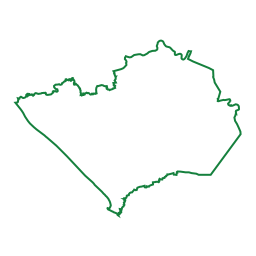 Cuajinicuilapa, Guerrero, Mexico
{"feature_id": "50627088B12095165689012", "entity_name": "Cuajinicuilapa", "entity_type": "district", "adm_level": 2, "iso_a3": "MEX", "parent_name": "Mexico", "parent_adm1": "Guerrero", "projection": "mercator", "projection_center": [-98.579, 16.455], "detail": "fine", "context": "isolated", "style": "outline", "palette": "green", "viewbox_px": 256, "rotation_deg": 0, "n_neighbors": 0, "source": "geoboundaries", "source_scale": "gbopen_adm2", "svg_char_len": 5624}
<svg xmlns="http://www.w3.org/2000/svg" viewBox="0 0 256 256"><path d="M74.2,80.4L73.8,80.0L72.8,79.9L72.5,79.6L72.4,79.0L73.0,78.2L72.8,78.0L72.2,78.1L71.2,79.0L71.3,80.4L71.2,80.7L71.0,80.8L70.6,80.8L69.9,80.2L69.5,79.2L69.1,79.3L69.0,79.9L68.5,80.3L68.1,80.1L67.9,79.8L67.1,80.0L66.3,79.2L66.0,79.2L65.6,79.4L65.6,80.1L65.9,80.4L65.8,80.8L65.4,81.2L64.6,81.2L63.6,82.1L63.4,82.5L62.1,83.1L62.0,83.3L61.9,84.0L61.7,84.4L60.4,84.8L59.8,84.7L59.1,84.2L58.2,84.5L55.5,84.7L54.0,86.0L54.2,87.3L55.4,88.7L56.3,89.2L57.0,89.2L57.3,89.3L57.7,90.6L57.7,91.1L57.2,91.6L56.3,91.7L55.3,91.1L54.5,91.3L53.3,91.1L52.9,91.7L53.3,92.1L53.2,92.5L51.0,94.4L47.7,94.9L47.0,94.9L46.1,94.5L45.9,94.2L45.9,93.6L45.7,92.9L45.3,92.7L44.6,93.0L43.9,92.8L43.2,93.0L42.0,93.0L41.0,93.5L38.3,93.9L35.8,93.1L35.2,93.3L34.3,94.3L34.1,94.9L33.1,95.7L32.9,95.4L33.1,94.8L32.8,94.5L32.5,94.5L31.6,94.9L31.3,94.7L31.2,94.5L30.3,94.9L30.0,94.7L29.1,95.2L28.8,95.2L28.6,95.0L29.5,94.6L29.3,94.0L28.4,94.1L28.4,94.5L28.0,94.6L27.7,94.3L27.7,93.8L27.4,93.8L26.2,95.0L26.2,95.4L26.5,95.6L26.5,95.4L26.9,95.0L27.6,95.6L27.6,96.2L27.3,96.4L26.9,96.2L25.8,96.8L25.5,97.2L24.8,97.6L23.5,98.0L22.8,97.9L21.1,96.8L20.7,96.8L19.5,97.9L19.4,98.7L19.1,98.8L17.9,98.4L18.1,99.1L18.5,99.3L18.4,99.7L17.9,101.2L18.0,101.7L17.7,102.2L17.2,102.5L15.4,102.7L20.6,109.2L21.9,111.0L23.2,113.0L25.1,116.7L27.9,120.9L29.9,123.4L33.8,127.1L36.5,129.4L44.5,135.4L46.1,136.9L46.6,137.2L46.9,137.5L47.4,137.9L56.5,145.8L66.8,156.1L85.2,175.7L92.7,182.4L93.9,183.7L94.7,184.9L101.9,191.7L103.7,193.8L104.7,194.6L105.8,196.0L106.4,196.4L108.4,198.8L108.7,199.6L109.5,200.9L110.1,202.4L110.8,205.3L110.4,206.6L109.4,208.3L108.8,208.5L107.6,208.1L107.5,208.4L107.8,209.0L108.2,209.5L109.9,210.2L111.9,211.3L112.7,211.5L113.5,212.2L114.0,212.3L116.5,213.3L117.3,214.0L117.6,215.0L118.2,215.4L118.1,215.2L119.1,213.8L119.6,214.1L119.9,213.7L119.3,213.6L119.0,212.9L120.3,212.8L121.1,212.5L121.3,212.1L121.0,211.6L120.3,211.1L120.5,210.9L121.2,210.8L121.3,210.5L119.9,209.5L119.8,209.0L121.7,209.3L122.1,207.6L122.8,206.8L123.5,206.5L123.9,205.5L123.8,205.2L124.1,205.2L124.4,204.9L123.9,202.7L124.5,202.4L124.5,201.9L124.8,201.5L124.4,201.2L124.3,200.8L124.5,200.7L124.8,201.1L125.2,200.4L125.0,200.2L124.7,199.5L124.0,199.1L124.3,199.1L124.4,198.8L124.0,198.5L124.0,198.3L124.9,198.2L125.1,198.7L125.5,198.6L125.7,198.0L126.3,197.7L126.8,196.2L126.8,195.8L127.2,195.7L127.3,195.4L128.8,195.2L129.0,194.0L129.8,193.0L130.7,192.5L131.9,192.4L132.2,192.3L132.6,191.6L133.8,190.3L134.2,189.6L135.8,190.2L136.3,189.8L136.7,189.9L137.4,187.7L139.8,186.8L141.5,186.6L144.4,185.8L144.5,186.9L145.0,187.4L146.5,187.4L146.9,187.0L146.8,186.3L148.0,186.6L148.9,186.6L149.0,186.1L150.8,185.2L153.0,184.5L152.9,182.3L155.7,182.0L155.9,181.8L157.7,181.8L158.7,182.2L159.0,181.9L159.3,181.3L159.4,180.5L159.0,180.4L159.3,179.2L159.6,178.8L160.5,179.4L162.3,179.5L162.6,178.2L164.5,177.9L164.7,177.0L166.2,176.3L166.2,175.7L167.5,174.9L167.5,174.4L168.1,174.5L171.4,173.7L173.5,173.1L173.8,174.6L174.4,174.6L176.5,174.9L176.8,172.7L177.2,172.7L177.0,171.9L177.5,171.5L180.4,171.6L185.4,172.3L188.8,172.3L191.6,173.1L196.3,173.7L198.7,174.8L210.7,174.8L240.6,134.2L240.4,131.6L238.8,127.9L237.0,124.0L235.1,120.9L234.4,117.5L235.3,115.7L235.8,113.7L236.2,113.9L235.8,111.7L236.1,110.7L238.6,109.7L239.0,109.1L238.8,106.3L238.1,105.2L237.1,104.6L235.7,104.3L232.5,105.7L231.7,105.8L230.7,105.8L230.8,105.3L229.7,105.4L229.0,105.2L228.3,104.6L228.1,103.6L229.5,102.1L230.1,100.8L230.3,100.7L230.1,99.9L229.7,99.3L229.3,99.2L225.6,100.0L224.2,100.1L223.5,99.9L220.1,100.7L218.7,101.2L217.8,101.1L217.9,99.9L217.8,99.0L218.2,99.0L220.3,91.7L214.7,82.5L214.1,79.5L213.1,76.9L213.4,76.4L213.1,70.2L208.9,68.0L193.1,61.5L188.0,58.9L189.1,55.8L189.4,55.2L189.5,55.3L190.4,53.4L191.0,51.3L190.8,51.3L190.1,51.3L188.6,51.0L187.5,53.1L186.5,56.1L185.1,58.2L184.3,59.1L183.5,59.5L183.0,59.5L182.3,59.2L181.8,58.8L181.5,58.2L181.7,55.4L181.6,54.8L181.2,54.3L180.6,53.9L179.8,53.8L178.5,54.1L176.5,54.9L175.7,55.0L175.1,54.8L174.8,54.0L174.9,52.0L174.7,51.7L172.9,50.6L170.5,48.0L169.6,47.3L166.4,46.5L165.8,46.1L164.4,44.4L163.2,41.7L162.7,41.2L161.8,40.8L161.2,40.6L160.1,40.7L159.1,41.2L157.8,42.5L157.6,43.9L156.9,45.6L156.8,46.2L157.4,47.8L157.3,49.0L157.2,49.5L156.7,49.9L155.4,50.7L152.4,50.9L149.3,51.9L148.5,52.4L147.5,53.4L144.2,55.2L142.8,55.4L140.3,54.2L138.4,54.3L134.2,55.0L131.2,57.1L130.0,57.3L129.3,57.3L126.5,56.5L125.9,56.2L125.0,57.6L124.9,59.1L126.0,60.4L126.5,61.4L126.4,62.4L126.0,63.0L126.3,63.6L126.4,65.0L124.0,67.6L122.9,68.4L120.9,69.2L113.5,71.2L114.4,72.6L114.6,73.9L114.3,73.9L115.4,76.7L116.0,76.6L115.8,77.0L115.6,78.0L115.7,78.9L114.6,80.5L115.2,81.3L115.9,82.6L113.4,83.0L114.0,84.8L113.7,85.1L114.0,85.5L115.2,85.7L115.2,85.8L114.8,86.0L114.6,86.7L115.1,87.9L114.1,88.3L113.1,88.4L112.8,89.0L110.5,89.7L109.6,90.1L109.3,89.7L108.7,89.4L108.1,89.6L107.9,89.3L107.1,89.1L106.7,88.8L106.5,87.8L107.1,87.4L106.8,86.1L105.6,86.2L104.3,86.1L102.9,85.3L101.2,85.1L100.5,85.5L99.7,85.6L98.2,86.1L97.3,86.0L96.4,87.7L96.1,89.5L96.3,92.2L96.6,93.4L95.5,93.8L95.2,93.4L94.3,93.8L93.7,93.6L93.1,94.3L92.6,94.3L92.6,93.7L91.9,93.7L91.7,94.2L90.8,94.6L90.2,94.4L89.1,93.3L88.0,92.9L87.3,93.2L86.5,92.7L85.1,93.6L84.7,94.4L84.3,94.3L83.8,93.4L83.1,93.5L83.1,93.8L83.7,94.8L83.6,95.0L82.5,95.0L81.8,95.5L81.2,94.9L80.7,95.0L81.0,93.2L80.5,92.4L80.6,90.3L80.1,89.8L80.0,88.9L79.7,88.6L79.9,88.4L78.3,86.3L77.7,85.4L76.6,84.6L75.8,83.7L75.2,83.6L74.9,84.0L74.7,84.7L74.1,84.6L74.0,84.3L74.5,83.7L74.5,83.3L73.9,83.3L73.9,82.9L74.5,81.7L74.2,80.4Z" fill="none" stroke="#15803d" stroke-width="2"/></svg>